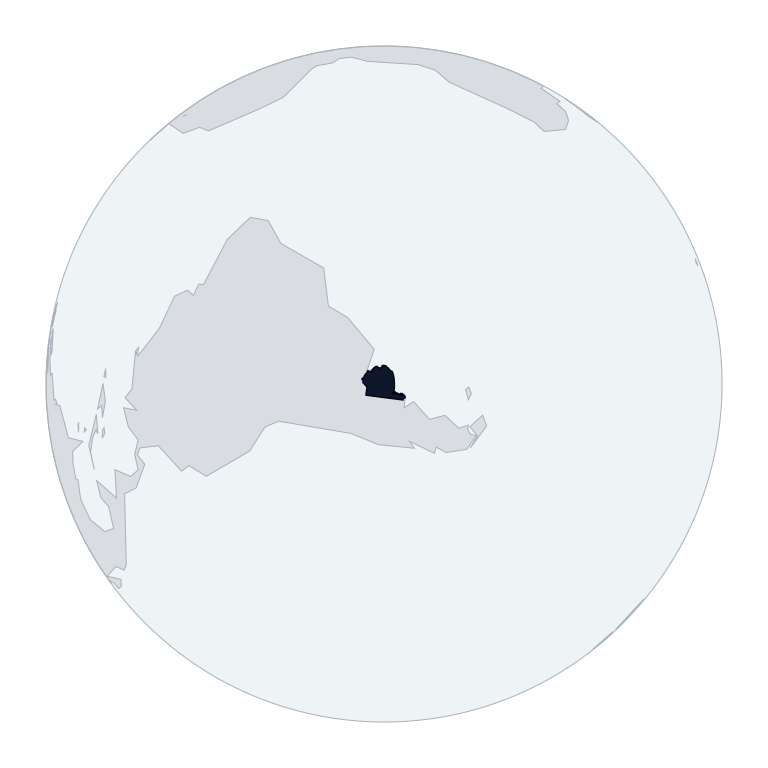 globe centered on Buenos Aires, rotated 279°
{"feature_id": "ARG-1295", "entity_name": "Buenos Aires", "entity_type": "Federal District", "adm_level": 1, "iso_a3": "ARG", "parent_name": "Argentina", "parent_adm1": "", "projection": "orthographic", "projection_center": [-60.531, -37.151], "detail": "fine", "context": "on_globe", "style": "filled", "palette": "ink", "viewbox_px": 768, "rotation_deg": 279, "n_neighbors": 0, "source": "natural_earth", "source_scale": "10m", "svg_char_len": 7481}
<svg xmlns="http://www.w3.org/2000/svg" viewBox="0 0 768 768"><g transform="rotate(279 384 384)"><circle cx="384" cy="384" r="338" fill="#eef3f6" stroke="#a8b0b8"/><path d="M313.7,53.5L313.9,53.4L342.7,48.6L371.9,46.3L401.1,46.5L401.5,46.6L385.9,46.4L361.9,47.1L341.6,50.3L366.6,47.2L367.9,48.7L373.1,48.8L379.9,48.6L384.1,47.8L387.0,48.6L363.4,51.1L360.3,50.4L367.9,49.3L356.6,50.1L340.7,53.3L342.6,54.6L316.5,60.6L317.6,61.9L312.5,64.4L312.6,61.7L311.9,67.2L281.6,80.7L280.2,95.6L268.7,87.0L256.8,89.3L242.1,94.4L241.5,96.7L222.8,102.4L204.1,115.1L194.6,131.2L198.9,139.6L219.9,131.1L227.5,122.1L243.7,115.3L229.4,137.6L257.3,131.7L253.0,148.2L260.7,154.6L275.3,148.8L290.2,149.9L301.7,138.2L319.8,130.5L319.4,143.8L330.0,130.4L339.7,135.8L376.2,133.5L373.2,136.6L403.8,153.4L438.0,163.4L445.9,175.3L441.7,181.9L453.7,185.4L453.9,190.2L502.5,206.7L527.7,226.0L527.2,244.0L506.6,260.3L489.1,306.3L452.3,316.9L443.8,337.9L416.7,368.9L394.3,365.0L401.6,382.9L390.0,393.3L375.7,394.0L374.1,407.0L363.6,407.6L371.3,416.1L356.1,434.4L362.6,449.0L352.0,464.8L356.6,473.7L351.9,473.8L347.5,477.7L347.7,483.0L332.5,476.0L326.0,456.1L329.8,445.4L323.5,444.6L331.3,418.2L325.3,424.1L323.2,388.2L330.0,359.2L330.8,285.7L322.8,273.1L296.8,261.8L265.1,223.0L272.8,204.0L266.2,197.7L287.7,170.8L282.6,152.6L275.2,151.6L267.4,160.3L242.6,155.5L234.9,145.0L165.3,157.7L159.5,156.4L161.8,147.8L150.9,140.7L149.9,154.6L143.3,156.3L140.4,153.9L145.0,148.9L147.1,143.4L144.1,146.0L162.0,129.3L181.0,113.9L201.1,99.9L222.1,87.4L244.1,76.4L266.7,67.1L290.0,59.4L313.7,53.5ZM277.3,102.0L309.2,104.6L289.9,109.2L293.8,106.7L285.9,104.6L270.9,104.8L254.3,111.2L277.3,102.0ZM294.2,89.2L288.5,89.8L294.2,88.6L294.2,89.2ZM358.7,492.0L334.2,479.1L347.6,484.4L355.1,475.5L368.6,486.3L358.7,492.0ZM381.6,469.8L391.3,465.5L394.2,468.2L388.1,471.8L381.6,469.8ZM610.8,133.5L608.5,131.5L596.0,121.1L588.0,114.6L610.8,133.5ZM706.3,485.7L703.1,494.8L700.6,493.0L690.7,513.5L688.0,510.9L681.1,521.1L673.2,525.1L663.8,523.5L658.5,502.6L666.1,491.5L675.6,461.9L692.2,401.4L701.9,385.7L704.8,367.7L700.1,317.2L701.7,301.0L698.4,288.8L692.9,282.6L688.1,268.4L683.9,263.2L651.5,239.8L636.5,218.4L606.5,171.0L608.7,161.7L600.1,146.4L607.5,130.7L616.7,139.0L634.3,157.0L650.5,176.2L665.2,196.6L678.4,218.0L689.9,240.4L699.7,263.5L707.8,287.4L714.1,311.7L718.6,336.5L721.2,361.5L721.9,386.6L720.8,411.7L717.8,436.7L712.9,461.4L706.3,485.7ZM616.8,143.7L619.4,147.3L616.8,143.7ZM377.3,133.3L381.7,135.8L375.8,136.0L377.3,133.3ZM286.6,114.3L293.7,113.2L297.1,114.3L291.6,115.9L286.6,114.3ZM347.3,106.2L355.7,106.7L346.8,108.2L347.3,106.2ZM314.4,105.0L340.6,106.4L323.3,111.5L306.8,111.2L318.5,108.5L314.4,105.0ZM289.7,95.4L293.9,95.2L292.3,97.3L289.7,95.4ZM298.3,88.4L296.6,88.9L294.7,88.0L298.3,88.4ZM369.3,48.5L371.3,48.3L378.0,48.2L374.4,48.6L369.3,48.5ZM410.3,48.0L414.1,49.2L408.9,48.2L404.7,48.5L388.4,47.4L401.0,46.6L398.2,46.8L410.3,48.0ZM370.2,46.8L379.1,46.8L368.9,46.9L370.2,46.8ZM556.4,671.9L549.4,675.7L552.9,673.1L556.4,671.9ZM679.8,547.5L676.0,553.6L680.4,544.3L688.2,530.2L694.5,517.5L679.8,547.5ZM181.2,654.1L178.1,651.2L187.8,657.9L200.9,666.5L212.4,674.4L181.2,654.1ZM161.0,637.9L161.2,638.1L154.7,631.7L175.4,648.9L172.1,647.1L163.4,640.0L163.0,639.7L161.0,637.9Z" fill="#d9dde1" stroke="#a8b0b8" stroke-width="1"/><path d="M402.3,381.1L402.2,382.6L402.2,382.9L402.1,383.1L401.6,383.7L401.1,384.4L400.5,385.5L400.3,385.8L399.7,386.5L399.0,387.2L398.8,387.5L398.7,387.6L398.3,388.0L398.2,388.2L398.1,388.5L397.9,389.0L397.9,389.4L397.9,389.5L397.8,389.9L397.6,390.1L397.2,390.4L396.7,390.7L396.4,390.9L395.6,391.3L395.4,391.4L395.1,391.6L394.4,391.9L394.2,392.0L393.7,392.1L393.4,392.2L393.1,392.4L392.3,392.6L391.3,392.9L391.1,393.1L390.9,393.1L388.1,393.6L387.4,394.0L386.9,394.0L384.9,394.4L384.1,394.5L383.4,394.6L382.5,394.8L382.0,394.8L381.8,394.7L381.7,394.7L381.6,394.8L381.2,394.9L380.3,394.8L379.9,394.8L379.6,394.9L379.5,395.0L378.8,394.9L378.7,394.8L378.4,394.8L378.2,394.8L377.1,394.6L376.8,394.4L376.7,394.2L376.6,393.9L375.8,393.8L375.6,393.7L375.5,393.8L375.5,394.0L375.6,394.3L375.7,394.5L375.8,394.8L376.0,394.7L376.0,394.9L376.0,395.0L375.9,395.1L375.8,395.3L375.7,395.4L375.6,395.5L375.7,395.8L375.7,396.0L375.8,396.2L376.0,396.4L376.1,396.5L375.9,396.4L375.8,396.5L376.0,396.6L376.4,396.6L376.5,396.6L376.9,396.8L377.1,397.0L377.2,397.3L376.9,397.3L376.6,397.0L376.5,396.9L376.4,396.8L376.0,396.8L376.1,397.0L376.3,397.0L376.4,397.3L376.6,397.5L376.9,397.6L377.0,397.6L377.1,397.8L377.0,398.3L376.9,398.5L376.8,399.3L376.8,399.8L376.6,400.0L376.3,400.0L376.2,399.9L375.9,399.8L376.0,399.9L376.1,400.0L375.9,400.1L375.9,400.3L375.9,400.6L375.8,400.8L375.8,401.1L375.7,401.1L375.8,401.5L375.8,402.0L375.7,402.1L375.4,402.3L375.3,402.5L375.2,402.6L375.2,402.8L375.4,403.0L375.4,403.4L375.5,403.4L375.5,403.5L375.9,403.8L376.0,403.8L376.0,404.0L376.3,404.4L376.3,404.5L376.2,404.6L375.9,404.4L375.9,404.5L376.0,404.6L375.9,404.7L376.0,404.8L376.3,404.6L376.5,404.6L376.4,404.7L376.4,404.8L376.3,405.3L376.2,405.5L376.1,405.9L375.9,406.0L375.3,406.4L374.8,406.7L374.5,406.9L374.3,407.0L374.2,407.0L373.9,407.1L373.9,406.9L373.7,406.5L373.6,406.4L373.3,406.2L373.1,406.0L372.9,405.7L372.5,405.4L372.4,405.3L372.2,405.3L371.2,405.2L370.4,377.3L370.2,369.0L370.2,368.1L370.3,367.9L372.7,367.8L378.3,367.7L381.0,364.5L381.9,363.5L382.1,363.3L382.0,363.1L382.1,362.9L382.3,362.8L382.5,362.8L382.8,362.9L383.3,362.9L383.5,363.1L383.7,363.3L383.8,363.3L384.0,363.3L384.3,363.2L384.5,362.8L384.5,362.6L384.6,362.3L384.6,362.2L384.8,362.1L384.9,361.9L384.9,361.7L385.0,361.5L385.2,361.4L385.3,361.3L385.3,361.2L385.2,361.1L385.4,361.2L386.0,361.9L386.9,362.5L387.1,362.5L387.3,362.6L387.5,362.8L387.7,363.1L388.4,363.5L388.6,363.6L389.0,363.4L389.2,363.6L389.3,363.8L389.6,363.9L390.0,363.9L390.3,363.9L390.3,364.0L390.4,364.3L390.5,364.3L390.7,364.5L391.2,364.5L391.3,364.5L391.5,364.6L391.9,364.8L392.1,365.1L392.5,365.2L393.0,365.7L393.2,365.8L393.5,365.8L393.9,365.6L394.2,365.6L394.3,365.6L394.5,365.8L394.5,366.2L394.4,366.5L394.5,366.6L394.3,366.8L394.3,367.0L394.2,367.1L393.9,367.1L393.7,367.1L393.8,367.4L394.1,367.6L394.0,367.9L393.9,368.0L393.9,368.3L394.0,368.4L394.0,368.6L393.7,368.9L393.6,369.4L393.6,369.7L394.1,370.1L394.3,369.8L394.4,369.6L394.6,369.6L394.7,369.4L395.1,369.7L395.3,369.9L395.5,370.0L395.8,370.0L396.0,370.1L396.3,370.2L396.4,370.5L396.5,370.5L396.8,370.5L397.0,370.6L397.2,370.8L397.4,371.0L397.7,371.1L398.1,371.5L398.5,371.6L398.7,371.8L398.9,372.0L399.3,372.5L399.5,372.7L399.8,373.1L400.0,373.4L400.3,374.1L400.3,374.5L399.9,375.0L399.4,375.7L399.2,375.9L399.1,376.1L399.1,376.5L399.1,377.1L399.1,377.3L399.2,377.5L399.3,377.9L399.3,378.0L399.5,378.2L399.6,378.4L399.6,378.5L400.3,379.2L400.7,379.5L401.0,379.5L401.0,379.8L401.1,379.7L401.4,379.6L401.6,379.6L401.9,379.6L401.8,379.4L402.0,379.4L402.1,379.8L402.1,380.7L402.2,381.0L402.3,381.1ZM376.7,403.1L376.8,403.1L377.0,403.1L377.3,403.5L377.2,403.7L377.1,403.9L377.0,404.1L376.9,404.2L376.7,404.1L376.7,403.9L376.4,403.9L376.5,403.6L376.5,403.4L376.6,403.1L376.7,403.1ZM377.7,395.8L377.7,395.7L377.8,395.8L377.9,396.2L377.9,396.3L377.7,396.3L377.6,396.2L377.3,396.1L377.2,396.0L376.9,395.7L377.1,395.5L377.5,395.6L377.6,395.8L377.7,395.8ZM376.8,401.6L377.2,401.7L377.3,401.9L377.3,402.1L377.3,402.5L377.3,402.8L377.2,402.6L376.9,402.1L376.8,401.9L376.8,401.6ZM376.9,395.1L376.7,395.2L377.1,395.0L377.3,395.0L377.4,395.3L377.2,395.3L376.9,395.1Z" fill="#0f172a" stroke="#020617" stroke-width="1.5"/></g></svg>